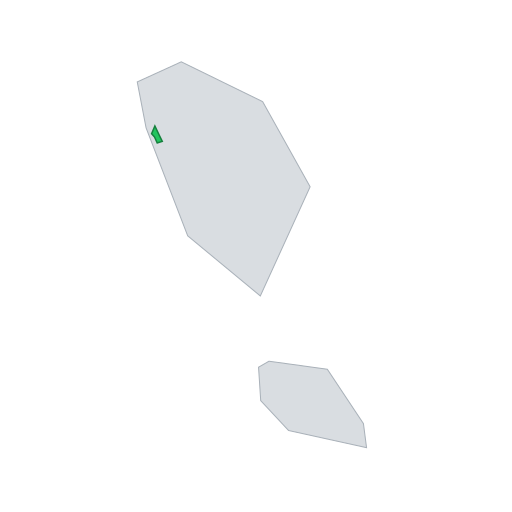 Birgu highlighted on a map of Malta, rotated 205°
{"feature_id": "MLT-5951", "entity_name": "Birgu", "entity_type": "state/province", "adm_level": 1, "iso_a3": "MLT", "parent_name": "Malta", "parent_adm1": "", "projection": "robinson", "projection_center": [14.523, 35.888], "detail": "fine", "context": "in_parent", "style": "filled", "palette": "green", "viewbox_px": 512, "rotation_deg": 205, "n_neighbors": 0, "source": "natural_earth", "source_scale": "10m", "svg_char_len": 508}
<svg xmlns="http://www.w3.org/2000/svg" viewBox="0 0 512 512"><g transform="rotate(205 256 256)"><path d="M437.2,363.6L405.8,400.4L315.2,398.7L236.2,341.6L235.2,221.6L326.4,245.4L409.8,325.7L437.2,363.6ZM199.8,166.1L143.5,183.5L87.8,149.5L74.8,129.0L152.7,111.6L190.6,126.9L206.7,156.3L199.8,166.1Z" fill="#d9dde1" stroke="#a8b0b8" stroke-width="1"/><path d="M395.0,324.8L389.4,320.3L393.3,316.7L398.3,321.0L402.3,322.7L402.6,331.1L395.0,324.8Z" fill="#22c55e" stroke="#15803d" stroke-width="1.5"/></g></svg>